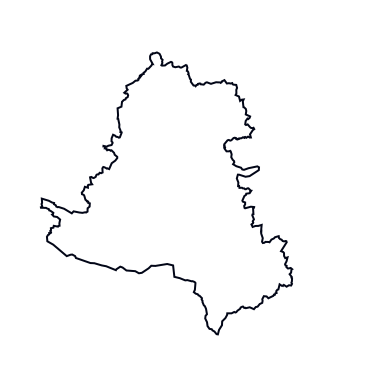 outline of Roscrea-Templemore Lea-4, North Tipperary, Ireland, rotated 117°
{"feature_id": "5873133B40874438019884", "entity_name": "Roscrea-Templemore Lea-4", "entity_type": "district", "adm_level": 2, "iso_a3": "IRL", "parent_name": "Ireland", "parent_adm1": "North Tipperary", "projection": "mercator", "projection_center": [-7.88, 52.84], "detail": "fine", "context": "isolated", "style": "outline", "palette": "ink", "viewbox_px": 384, "rotation_deg": 117, "n_neighbors": 0, "source": "geoboundaries", "source_scale": "gbopen_adm2", "svg_char_len": 6007}
<svg xmlns="http://www.w3.org/2000/svg" viewBox="0 0 384 384"><g transform="rotate(117 192 192)"><path d="M87.2,289.9L88.0,291.0L90.0,291.0L91.8,290.1L92.8,289.5L95.8,285.1L96.0,285.7L97.5,285.5L102.0,286.8L102.5,288.0L105.8,288.3L107.9,289.3L108.7,288.6L109.6,289.6L112.2,290.1L111.0,290.7L112.0,291.3L113.9,290.8L115.7,291.2L116.2,290.6L117.3,291.0L118.5,292.9L121.7,294.3L127.3,298.7L129.4,297.2L130.1,295.8L134.3,297.4L134.5,295.9L133.7,294.5L133.9,293.9L134.8,292.8L136.7,292.4L138.4,293.5L139.7,293.3L141.0,294.5L143.4,295.3L148.0,293.6L151.2,296.3L157.2,292.7L160.5,291.6L160.3,291.0L164.9,287.3L167.4,286.2L169.8,283.5L171.1,283.0L170.7,281.9L171.0,281.6L176.1,281.1L176.8,281.8L176.7,283.3L177.2,284.5L176.7,286.2L176.8,288.3L180.6,288.0L183.4,286.7L183.9,285.3L184.4,285.0L186.7,285.0L188.8,287.6L190.3,288.5L191.1,291.8L191.6,291.6L191.3,291.0L191.5,289.7L192.7,289.5L192.3,288.7L192.9,287.6L192.6,287.4L193.3,286.5L192.4,285.7L191.9,284.2L192.2,283.3L191.4,282.6L192.5,279.2L193.9,277.8L194.6,274.6L195.7,274.0L198.9,274.6L202.8,276.6L209.2,276.2L209.4,278.3L209.8,278.5L209.7,281.1L210.0,282.4L211.6,282.6L215.2,280.5L216.5,281.5L216.8,283.0L218.8,283.3L219.3,284.4L220.2,284.9L222.3,284.7L223.9,285.7L224.4,286.3L224.3,288.6L225.2,289.5L229.6,286.1L230.5,284.5L232.7,287.6L233.4,287.8L235.4,286.7L236.0,289.8L239.6,289.2L242.6,289.9L243.9,289.0L243.7,287.2L244.4,286.1L247.3,283.4L247.4,282.4L248.0,281.5L247.6,281.2L247.7,280.1L248.8,279.6L248.5,277.9L251.5,276.6L253.9,277.6L256.9,276.2L258.4,277.1L258.5,277.9L260.3,280.1L261.4,283.0L263.0,288.7L265.6,289.4L265.0,298.4L265.9,304.0L266.5,304.7L266.6,306.3L265.7,307.3L265.5,309.5L264.4,309.9L264.9,311.7L264.8,315.6L266.1,322.8L269.8,320.6L271.0,320.6L273.2,318.6L274.2,319.7L274.6,319.4L272.4,314.8L272.5,313.2L272.2,311.9L273.2,310.9L273.0,309.7L273.5,306.1L274.7,305.8L275.6,306.4L276.5,304.0L275.5,300.8L276.4,297.0L280.0,296.0L282.2,294.7L283.0,295.7L283.7,295.7L284.9,299.8L286.7,299.3L288.3,301.3L290.0,300.3L291.1,300.6L291.8,299.3L292.2,299.1L292.9,299.4L293.4,300.6L294.6,300.0L295.8,300.8L297.8,300.9L301.6,298.5L301.9,291.8L306.0,274.5L303.0,271.7L302.1,270.3L302.2,267.0L303.5,265.5L301.4,250.2L299.8,246.7L298.4,239.2L297.1,234.7L296.2,224.3L295.2,224.3L291.1,222.0L290.8,219.6L291.7,214.8L288.3,206.6L288.5,202.4L286.8,200.0L279.7,196.0L276.2,194.8L274.5,191.1L267.4,181.4L266.0,175.5L275.6,169.2L274.3,163.7L273.8,157.9L272.6,156.1L271.7,151.7L271.2,151.0L271.0,148.8L271.5,147.6L277.9,145.0L280.4,144.9L280.9,142.5L280.5,140.5L281.2,139.2L281.0,138.2L282.1,134.9L283.4,134.6L284.2,133.2L285.3,132.7L287.6,130.0L287.9,128.7L289.7,126.5L294.1,123.2L296.2,123.7L298.7,122.8L301.2,119.5L304.4,117.3L306.0,114.3L305.3,112.1L306.0,111.0L306.1,108.7L307.5,105.6L307.1,104.3L302.6,105.3L297.1,104.8L293.5,106.4L289.2,105.0L285.6,104.9L284.1,105.5L282.2,101.7L279.7,99.9L279.7,98.7L279.0,98.0L277.1,97.6L274.2,96.1L272.8,96.2L271.2,95.0L270.9,94.5L271.6,92.8L271.0,92.1L271.1,91.3L268.5,88.2L268.3,83.6L265.6,83.0L264.4,81.5L261.1,80.8L258.9,79.1L256.9,79.7L255.6,80.7L252.2,80.7L251.2,78.1L252.0,75.7L247.6,72.4L246.3,72.4L246.1,71.6L244.3,71.7L243.6,70.8L242.1,71.9L240.4,71.6L239.6,70.8L234.5,72.0L234.8,69.4L234.3,68.9L234.4,68.3L233.1,68.0L233.4,64.7L231.1,63.3L230.3,61.2L228.4,61.2L227.8,62.2L226.3,62.4L223.8,63.5L223.2,64.5L222.5,64.4L220.9,67.7L218.9,67.1L215.9,68.2L215.3,67.8L214.9,69.6L216.6,71.7L216.1,73.7L214.8,74.2L215.0,75.3L214.1,76.3L210.8,76.3L206.9,77.2L208.6,78.9L207.2,80.9L204.6,82.3L204.1,83.4L204.3,85.8L193.8,84.8L193.0,85.6L193.2,86.4L194.2,87.5L194.5,89.0L193.8,90.6L194.0,92.0L193.5,93.6L192.0,94.7L194.6,97.5L196.3,98.0L198.3,99.6L201.6,100.1L201.7,100.9L203.1,103.9L204.4,104.5L205.3,105.7L204.5,107.0L201.0,108.0L197.6,111.5L195.3,112.5L195.5,112.7L189.7,115.0L192.1,117.5L193.5,120.1L195.6,122.1L193.9,124.3L192.3,123.5L191.5,123.5L190.5,124.6L188.2,124.4L185.4,127.7L184.5,127.9L183.9,127.2L178.4,130.4L177.8,129.6L177.2,129.8L178.4,132.9L182.4,137.3L182.3,138.0L180.7,139.2L179.0,139.0L177.2,139.9L177.5,142.4L176.8,143.2L171.8,143.5L170.1,142.6L168.9,142.9L166.9,140.1L164.0,139.8L164.3,140.6L164.0,140.6L163.1,143.4L163.5,144.2L165.1,145.3L165.4,146.0L165.1,147.1L165.7,148.4L165.5,149.4L166.8,151.6L165.3,152.7L165.8,153.6L162.5,155.0L159.6,158.2L155.7,159.0L155.2,158.0L154.1,151.2L151.7,147.9L142.2,142.4L139.6,143.5L139.5,145.4L145.1,152.4L148.6,155.7L149.1,157.4L148.1,159.3L148.9,164.2L148.6,168.0L146.4,167.8L145.4,168.5L144.8,170.4L143.2,172.8L140.4,173.8L138.2,176.0L138.0,176.7L138.9,177.4L140.1,179.7L138.7,182.5L137.7,182.6L137.6,183.2L137.1,183.0L136.6,183.6L137.1,183.8L136.3,184.3L136.2,183.8L134.7,184.9L129.8,183.8L128.9,182.8L128.9,181.3L128.0,180.4L125.1,179.5L124.2,178.5L124.0,177.4L124.6,177.2L124.8,176.3L124.2,175.8L124.4,175.3L123.5,174.8L123.7,174.5L123.2,174.0L122.7,174.1L121.6,172.3L120.2,171.5L120.0,170.0L119.3,170.1L119.2,169.3L118.8,169.2L119.0,168.2L117.2,167.2L117.3,165.4L116.7,164.3L114.3,166.5L109.3,165.9L107.7,165.1L106.9,166.3L107.4,166.6L108.1,168.4L108.0,169.4L106.5,173.1L107.8,174.3L107.6,175.3L104.3,176.4L101.4,175.9L101.5,175.0L99.8,174.3L98.3,174.5L98.5,179.3L95.2,180.4L93.6,181.7L92.8,184.3L93.0,184.7L88.1,187.9L86.1,188.0L87.2,189.6L89.0,190.5L85.6,193.5L85.8,197.2L84.0,197.2L80.9,198.9L78.8,199.1L76.5,201.2L77.6,204.0L77.5,204.7L76.7,205.6L77.8,206.8L78.3,208.5L79.5,210.2L77.6,213.9L79.9,215.6L80.7,215.4L81.7,216.0L81.5,216.4L83.3,220.4L87.0,224.2L87.5,228.5L88.5,229.5L91.0,230.3L92.1,233.2L91.6,233.7L91.8,234.4L93.0,235.8L93.9,235.6L94.5,236.5L96.1,236.8L95.8,237.6L96.4,239.0L94.3,243.1L92.3,244.0L92.1,245.1L88.9,248.3L88.8,248.9L88.0,248.8L86.8,249.9L86.3,250.8L86.4,251.6L83.3,252.6L81.7,254.1L81.9,254.7L81.7,255.1L85.9,257.9L86.4,258.9L86.2,260.7L88.4,263.5L88.8,265.8L87.8,267.1L85.9,268.1L85.5,268.8L85.6,269.8L88.9,272.3L91.5,273.5L93.0,276.1L93.0,276.8L90.4,277.0L89.3,277.9L87.6,278.2L87.0,280.2L85.4,281.2L83.6,283.7L83.6,286.6L85.4,288.3L86.3,290.1L87.2,289.9Z" fill="none" stroke="#020617" stroke-width="2"/></g></svg>